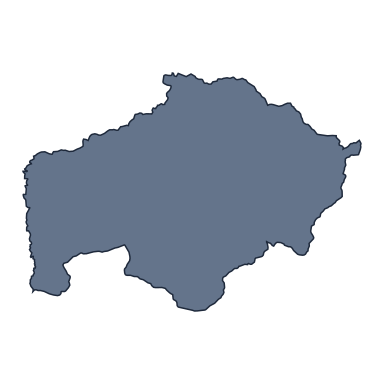 Nam Dong, Thừa Thiên - Huế, Vietnam
{"feature_id": "81297802B42791937018990", "entity_name": "Nam Dong", "entity_type": "district", "adm_level": 2, "iso_a3": "VNM", "parent_name": "Vietnam", "parent_adm1": "Thừa Thiên - Huế", "projection": "mercator", "projection_center": [107.686, 16.119], "detail": "fine", "context": "isolated", "style": "filled", "palette": "slate", "viewbox_px": 384, "rotation_deg": 0, "n_neighbors": 0, "source": "geoboundaries", "source_scale": "gbopen_adm2", "svg_char_len": 5892}
<svg xmlns="http://www.w3.org/2000/svg" viewBox="0 0 384 384"><path d="M32.9,291.6L34.5,289.9L36.2,289.8L38.0,290.5L40.4,290.5L44.2,291.4L49.3,293.8L53.6,295.0L57.6,295.6L59.7,295.0L60.9,293.6L61.1,291.8L61.6,291.5L64.6,291.5L65.6,291.0L68.4,287.7L69.8,285.1L69.3,282.9L68.7,281.8L70.1,277.9L70.2,276.8L69.8,275.9L67.5,274.2L66.2,271.2L63.8,267.3L62.9,265.0L63.8,263.3L67.6,262.2L73.1,256.7L76.3,255.9L80.5,253.1L81.7,253.0L83.3,253.8L86.4,253.7L93.6,251.8L98.1,251.3L99.7,251.4L102.1,252.1L104.0,251.5L107.6,251.0L114.9,248.0L117.9,247.4L124.3,244.9L124.9,245.2L129.0,252.2L129.9,256.6L130.0,258.5L129.6,260.8L127.2,264.4L126.1,267.2L124.6,268.9L124.4,270.1L124.7,273.0L125.3,274.5L125.9,275.0L127.0,275.3L130.6,275.3L134.1,276.5L137.5,276.6L140.1,278.9L143.3,279.7L147.9,282.8L150.7,283.6L151.8,285.7L153.6,287.3L155.6,287.6L162.0,287.5L165.3,288.4L166.8,290.2L169.4,292.6L170.7,293.6L172.7,294.6L173.2,299.0L173.8,299.7L175.3,300.5L176.3,301.3L176.9,302.6L177.2,305.7L178.1,306.9L178.8,307.2L192.6,310.3L194.5,311.0L197.3,310.9L205.0,310.0L205.9,309.5L209.9,305.8L214.7,303.2L218.4,299.3L220.9,297.7L221.6,296.0L223.1,294.3L223.9,292.5L223.4,289.9L224.4,288.3L224.6,287.4L224.2,283.0L222.5,280.5L222.7,278.2L223.3,277.1L225.8,275.9L229.0,272.4L231.7,271.0L234.5,268.5L237.0,268.4L238.3,267.5L238.9,266.3L240.1,266.1L244.8,264.3L247.6,264.6L247.9,263.8L248.4,263.5L250.5,264.3L251.7,264.2L254.4,262.1L255.1,258.7L255.6,258.1L261.2,256.7L262.3,256.2L263.3,255.0L263.7,252.9L264.2,251.9L265.1,251.0L267.8,249.3L267.9,248.9L268.0,247.2L267.3,243.6L266.6,242.2L266.6,241.6L268.6,242.7L270.5,243.3L272.3,245.5L273.7,246.1L274.8,244.3L276.4,242.6L277.5,242.3L280.9,242.6L284.0,244.1L284.5,245.2L285.0,245.4L288.4,246.7L290.6,246.8L292.3,248.3L293.6,250.5L297.6,254.2L299.3,254.8L302.6,255.2L304.1,255.0L305.5,254.1L306.7,252.0L308.0,250.9L308.1,249.0L309.3,246.0L309.1,243.4L313.5,238.7L313.7,237.4L312.8,235.5L311.0,232.6L310.7,231.1L311.5,226.1L314.1,224.6L314.3,222.2L315.6,219.7L317.4,217.9L319.8,216.9L320.2,216.2L320.7,213.4L323.4,210.9L324.8,208.9L327.8,207.7L328.9,206.7L331.3,205.8L333.9,203.4L335.2,202.6L336.4,200.7L341.0,197.7L342.2,196.5L342.1,191.6L341.9,190.2L341.0,188.6L340.9,187.3L342.0,184.6L342.2,183.5L343.6,182.3L344.3,179.4L345.5,177.4L345.8,176.1L345.4,175.1L343.1,173.7L344.6,168.9L344.4,168.1L345.8,165.1L345.1,161.8L345.4,160.3L345.3,159.1L346.6,157.7L349.6,156.8L350.0,156.0L350.9,155.2L352.0,155.0L353.4,155.2L358.0,154.8L358.5,154.6L360.3,149.6L360.8,147.0L360.5,145.0L361.0,143.9L360.8,143.1L359.3,140.3L356.0,142.9L353.7,142.8L352.5,143.5L350.9,143.6L350.0,144.3L348.2,146.5L346.2,147.8L344.5,148.3L343.1,149.1L343.4,147.6L342.2,146.2L339.3,145.1L339.0,143.4L339.7,142.2L339.8,141.2L339.3,140.4L336.6,137.8L336.2,136.9L336.2,135.7L332.3,135.5L327.5,135.8L317.6,134.4L316.8,133.9L314.1,130.3L311.8,129.0L310.0,126.4L308.2,124.6L307.7,124.4L306.2,124.4L304.3,123.4L303.3,122.3L302.8,121.2L302.2,118.7L301.3,117.2L300.6,114.1L298.8,111.9L296.3,110.8L295.3,109.2L294.1,108.1L293.8,107.1L292.0,106.2L290.5,103.2L287.5,103.2L284.5,104.4L282.2,105.6L278.8,106.3L273.2,104.6L271.5,104.3L269.7,104.4L267.7,105.3L265.1,99.0L264.3,98.1L261.8,96.7L260.0,93.6L256.4,91.2L255.9,89.6L254.2,86.6L247.8,82.6L245.8,79.9L244.5,79.6L242.6,78.5L241.8,78.5L240.2,79.2L237.0,79.7L235.7,79.2L233.9,77.5L233.1,77.2L230.0,78.4L227.1,77.8L223.3,78.4L221.9,79.1L218.6,78.9L217.7,79.3L217.0,81.1L212.9,81.8L211.2,84.0L208.9,84.2L206.9,83.1L205.0,83.3L204.1,82.9L202.4,79.6L201.3,79.3L198.7,79.3L197.3,78.7L195.6,77.6L195.2,76.5L191.0,74.0L186.2,76.6L178.2,73.4L176.4,76.4L175.6,76.3L174.2,75.8L173.4,73.3L172.3,73.0L171.9,74.8L171.0,75.5L168.1,75.4L165.7,74.9L164.4,75.3L164.0,75.6L163.8,76.3L163.0,81.6L163.2,82.7L164.4,83.7L167.2,85.1L170.5,85.6L171.1,86.2L170.9,87.8L170.2,89.4L169.4,90.6L167.3,92.5L166.6,93.6L166.7,96.1L168.0,97.5L168.0,98.3L167.5,99.8L165.0,103.0L164.7,104.4L162.7,104.6L161.7,103.8L160.9,103.9L159.0,105.2L157.5,105.3L157.4,106.3L156.1,107.5L155.7,108.6L155.0,108.6L153.5,108.0L153.1,108.1L152.1,110.2L152.8,112.2L151.8,113.9L146.2,113.8L142.8,114.5L141.7,113.3L139.9,113.0L137.5,114.1L135.3,114.4L134.8,115.2L133.7,118.8L132.1,119.8L130.0,121.7L128.8,123.7L128.4,125.6L126.7,125.3L122.0,126.6L120.7,126.7L118.0,130.2L116.8,130.3L113.8,129.5L112.5,129.8L109.6,129.8L107.6,131.0L104.5,133.4L100.6,135.2L98.7,135.1L97.0,134.3L94.8,133.8L92.0,134.4L90.6,135.4L89.7,136.6L88.1,140.5L86.0,139.5L83.6,139.1L83.1,140.3L82.9,141.6L83.2,145.0L82.9,146.4L79.9,148.1L77.2,149.1L73.1,151.2L69.1,151.5L65.2,150.2L63.7,150.4L61.2,149.9L57.8,151.4L53.5,151.7L52.6,153.2L52.4,154.0L52.0,154.3L49.3,153.8L44.9,151.8L41.5,152.0L40.0,152.5L37.3,153.9L35.3,155.6L33.6,156.2L34.0,157.9L33.9,158.9L31.7,160.2L30.4,160.6L29.7,161.8L29.8,162.5L31.2,163.3L31.4,163.8L29.2,164.5L28.5,165.1L27.3,165.6L25.7,168.3L24.7,168.9L24.9,169.6L27.1,170.8L27.1,171.4L26.5,171.6L24.0,171.2L23.0,171.3L23.3,172.1L25.1,174.0L24.7,175.8L24.6,178.6L26.9,178.7L27.6,178.8L27.8,179.1L26.7,180.8L26.4,182.7L26.6,183.8L27.5,184.9L27.5,185.3L25.2,185.7L25.2,186.4L26.3,188.7L25.8,194.3L25.1,194.5L23.4,194.4L23.2,194.8L23.4,196.0L24.1,198.1L25.3,199.3L25.8,200.1L26.3,206.2L27.8,207.4L28.6,207.7L29.5,207.6L29.8,207.9L26.7,213.6L26.4,218.3L26.9,220.0L26.1,221.9L26.4,223.2L27.8,225.9L26.7,227.2L26.6,230.2L27.0,231.0L28.0,230.7L28.6,230.9L30.3,233.7L30.5,235.1L29.4,238.9L29.9,241.0L31.2,242.1L31.6,243.2L31.3,244.3L30.1,244.9L30.3,245.9L29.9,246.8L30.5,247.6L30.4,248.3L29.5,249.5L30.6,251.5L31.7,252.6L31.8,252.9L30.5,256.8L31.0,257.4L32.9,256.3L33.3,256.4L33.0,258.7L34.2,259.3L34.6,259.7L34.4,260.8L34.9,263.0L34.4,263.9L35.1,264.8L34.8,265.8L35.5,266.5L35.3,268.0L34.2,268.0L33.8,268.4L34.0,269.2L33.4,270.5L34.1,271.9L34.3,273.3L33.3,274.6L33.1,275.8L31.5,276.3L31.4,278.3L30.3,279.8L30.3,282.3L29.9,283.3L31.0,286.4L33.0,288.9L33.2,290.1L32.9,291.6Z" fill="#64748b" stroke="#1e293b" stroke-width="1.5"/></svg>